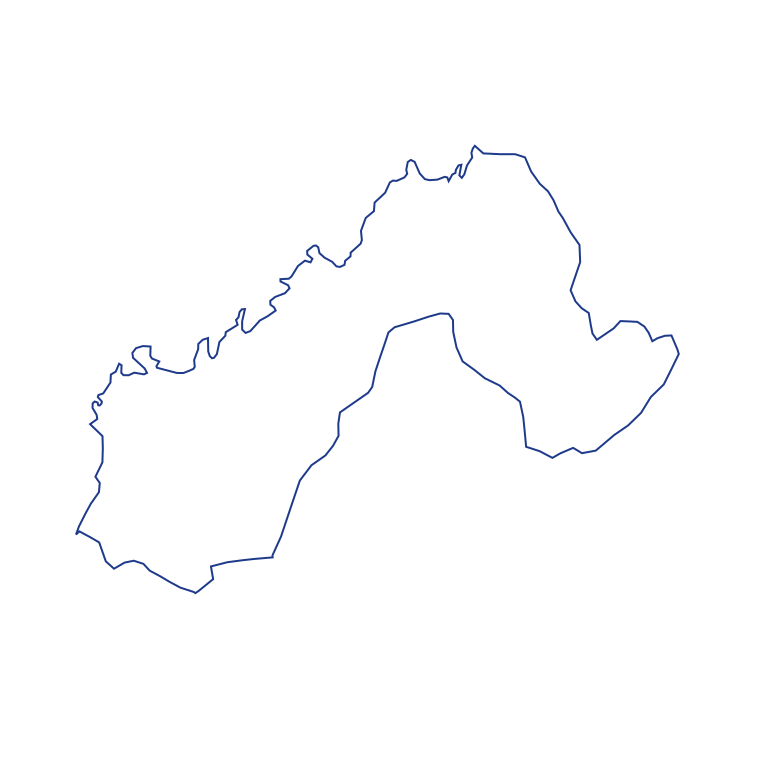 the district of Chongjin City, Hamgyŏng-bukto, North Korea, rotated 198°
{"feature_id": "82179303B21659587132529", "entity_name": "Chongjin City", "entity_type": "district", "adm_level": 2, "iso_a3": "PRK", "parent_name": "North Korea", "parent_adm1": "Hamgyŏng-bukto", "projection": "orthographic", "projection_center": [129.876, 42.022], "detail": "fine", "context": "isolated", "style": "outline", "palette": "blue", "viewbox_px": 768, "rotation_deg": 198, "n_neighbors": 0, "source": "geoboundaries", "source_scale": "gbopen_adm2", "svg_char_len": 3226}
<svg xmlns="http://www.w3.org/2000/svg" viewBox="0 0 768 768"><g transform="rotate(198 384 384)"><path d="M498.8,126.8L496.5,129.7L486.2,145.6L492.2,157.0L477.9,166.1L463.6,172.9L453.4,177.5L436.3,184.7L437.1,186.6L434.8,207.1L434.7,218.4L434.5,241.2L434.2,266.2L427.9,284.3L417.6,298.0L413.4,309.4L411.2,320.7L415.2,332.1L417.1,343.4L406.7,357.1L396.4,370.7L394.3,377.5L396.1,393.5L396.0,409.4L395.8,420.7L395.7,434.4L391.5,441.2L375.1,452.5L362.7,461.6L352.4,468.4L344.2,470.7L338.2,466.2L334.2,454.8L326.3,441.1L316.2,429.8L302.0,425.2L289.8,420.6L273.6,418.3L263.4,413.8L255.3,411.5L249.2,409.2L241.3,395.5L237.3,386.4L229.4,368.2L227.4,368.2L223.3,368.2L215.2,368.2L201.0,365.8L194.8,372.6L184.4,381.7L174.3,379.4L162.0,386.1L149.4,406.5L139.0,420.1L130.6,436.0L126.2,454.1L117.8,470.0L115.4,485.9L112.9,503.6L115.6,507.5L125.6,519.0L131.7,516.7L137.9,512.2L142.0,507.6L148.1,514.5L154.1,519.1L162.2,521.4L170.4,519.2L178.6,516.9L182.8,507.8L195.2,491.8L201.3,496.4L205.2,503.3L211.2,514.8L219.3,517.1L227.4,521.7L235.5,530.8L235.3,546.9L235.1,560.6L240.5,575.1L241.0,576.6L253.2,585.8L265.3,597.2L271.3,601.8L279.4,611.0L287.5,617.9L297.6,622.5L309.8,631.6L319.9,643.1L330.1,643.1L344.4,638.5L360.8,634.0L371.2,638.6L372.3,635.4L372.3,630.9L370.1,626.7L372.6,617.5L372.4,608.2L373.7,604.1L376.8,605.7L378.2,616.4L380.7,614.9L381.8,609.9L381.3,606.8L383.8,604.3L385.2,596.9L387.6,600.0L390.3,599.8L396.3,594.9L403.8,591.9L408.5,591.5L415.1,595.3L423.5,604.7L427.7,605.4L430.0,602.5L429.0,594.5L426.9,591.1L428.4,586.8L434.7,581.1L438.4,580.2L440.7,577.5L441.5,570.9L442.0,566.3L449.0,553.7L447.0,545.3L452.7,536.3L453.2,522.5L449.5,514.0L449.6,510.2L456.3,498.6L455.3,495.0L459.0,489.2L458.4,485.1L462.1,481.7L465.6,481.2L468.7,482.9L471.1,484.2L479.6,485.8L485.8,488.5L488.8,493.7L491.6,494.7L493.8,493.6L498.2,486.8L496.9,483.4L490.8,481.0L491.5,477.0L497.3,476.9L502.3,469.6L505.2,457.7L507.1,454.7L514.9,451.7L514.1,449.5L505.7,448.3L503.4,445.8L503.7,445.2L506.2,439.8L514.4,433.2L517.9,427.9L516.5,424.3L512.4,423.0L509.7,420.4L515.7,412.4L521.9,405.8L522.7,403.7L527.5,393.0L531.4,389.8L535.7,391.9L538.3,399.8L539.4,412.3L542.3,411.1L543.6,407.8L543.0,402.5L544.5,399.2L541.5,395.1L543.9,392.2L550.5,384.4L549.8,380.9L553.5,373.1L552.2,360.8L553.7,356.5L555.5,355.3L558.3,356.7L561.2,360.6L565.6,373.3L570.1,370.0L573.0,364.7L571.5,359.7L572.0,348.2L569.3,341.8L569.9,339.5L573.6,336.2L578.1,332.5L584.4,330.5L604.9,329.3L605.9,330.5L604.7,336.0L612.5,336.5L615.0,338.6L617.3,346.6L617.6,347.5L625.0,345.6L630.9,341.5L632.9,335.8L630.8,331.4L616.4,324.8L612.8,321.3L615.3,319.0L625.0,317.6L629.6,313.4L634.5,311.9L637.3,313.4L639.4,320.7L642.2,321.4L642.9,312.9L646.7,308.6L645.3,303.4L644.6,300.9L648.1,288.3L652.2,285.2L652.2,283.2L646.9,280.1L646.6,278.3L647.8,275.7L649.2,275.5L650.7,277.9L653.8,277.9L655.1,275.6L653.8,271.2L647.8,265.9L645.9,262.1L651.1,255.0L635.6,247.4L631.6,236.1L627.6,222.5L629.8,206.6L623.7,202.0L621.7,193.0L625.9,179.3L628.0,167.9L630.1,154.3L630.4,145.7L628.1,149.7L616.0,147.5L605.9,145.3L593.8,129.4L583.7,124.9L575.5,134.0L567.4,138.6L557.2,138.6L549.2,134.1L537.0,131.9L526.9,129.6L514.8,127.4L500.6,127.4L498.8,126.8Z" fill="none" stroke="#1e3a8a" stroke-width="2"/></g></svg>